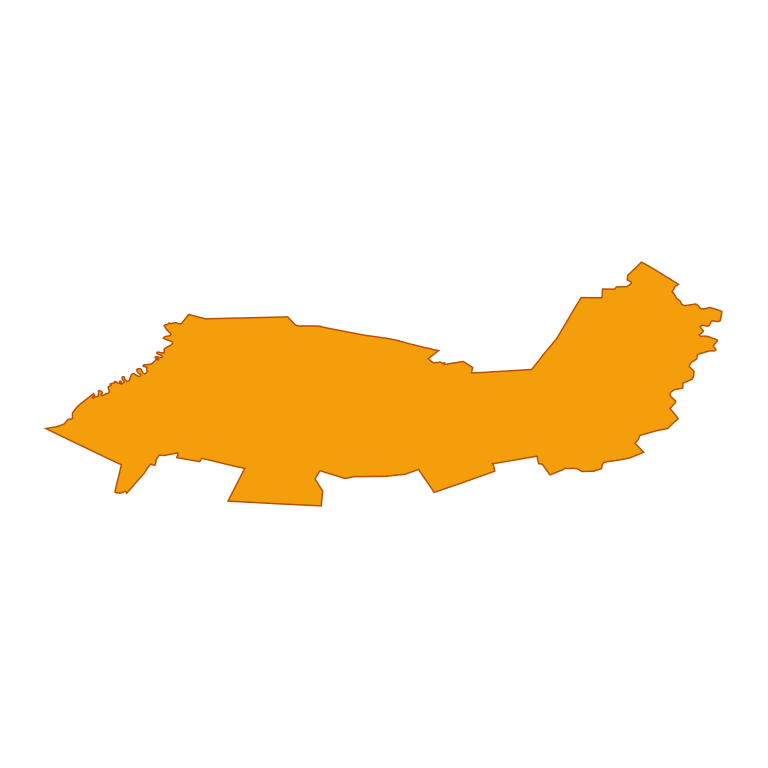 Bērzpils pag., Balvu, Latvia
{"feature_id": "27541924B21084254111268", "entity_name": "Bērzpils pag.", "entity_type": "district", "adm_level": 2, "iso_a3": "LVA", "parent_name": "Latvia", "parent_adm1": "Balvu", "projection": "equal_earth", "projection_center": [27.098, 56.85], "detail": "fine", "context": "isolated", "style": "filled", "palette": "amber", "viewbox_px": 768, "rotation_deg": 0, "n_neighbors": 0, "source": "geoboundaries", "source_scale": "gbopen_adm2", "svg_char_len": 6029}
<svg xmlns="http://www.w3.org/2000/svg" viewBox="0 0 768 768"><path d="M80.7,403.7L77.7,406.5L75.4,409.0L72.4,413.2L72.5,418.2L72.1,418.7L70.8,419.2L69.2,419.1L68.0,419.4L67.1,420.2L65.0,423.0L64.5,423.5L63.0,424.5L60.3,425.5L56.8,426.7L46.1,428.5L46.6,428.7L46.7,429.0L62.3,436.6L97.7,453.6L121.4,464.8L118.7,476.2L116.3,485.4L115.0,492.0L116.5,492.9L117.0,492.7L119.6,493.1L120.5,493.0L121.3,493.0L124.9,491.4L126.1,491.9L126.2,492.1L126.2,492.5L126.8,493.2L138.5,479.6L143.0,474.8L145.8,470.8L147.6,467.9L150.6,464.2L154.7,465.3L154.7,464.9L155.3,464.2L155.4,463.2L156.1,461.6L155.7,461.0L156.4,459.4L159.1,455.2L164.4,455.5L177.5,452.9L177.8,452.9L177.9,455.5L177.6,455.5L176.6,457.6L199.7,461.6L202.0,458.3L237.8,467.0L244.8,468.3L228.0,501.1L274.3,503.6L321.2,505.9L322.7,491.1L315.0,479.0L319.9,470.7L343.8,478.1L345.5,478.4L346.5,478.3L353.5,476.7L387.1,476.3L387.1,476.0L389.4,475.9L402.0,474.6L404.2,474.5L405.8,474.1L408.7,472.9L416.1,470.4L418.6,469.4L424.2,477.8L425.7,480.1L425.9,480.2L434.2,492.4L453.2,485.8L458.1,484.3L468.2,480.5L469.1,480.5L469.4,480.3L471.0,479.6L494.7,471.2L494.5,469.5L493.2,464.3L492.4,463.6L495.5,463.3L537.0,456.2L538.6,463.6L542.4,464.3L544.1,466.8L550.0,474.9L560.4,470.7L561.7,470.3L564.7,468.5L565.0,468.1L565.7,468.3L568.9,468.6L572.5,468.3L573.4,468.3L577.2,468.8L578.9,469.6L581.6,471.5L594.5,471.2L595.1,470.6L601.4,468.7L602.2,465.0L603.2,463.2L603.4,463.1L603.6,462.6L607.9,461.5L613.6,460.9L617.3,460.2L619.2,460.0L630.2,457.8L643.7,452.2L635.0,443.2L638.0,439.9L639.8,435.5L649.4,432.7L658.0,430.4L667.8,428.5L669.3,426.7L678.1,418.8L678.0,418.4L675.9,415.5L669.8,408.3L670.7,407.9L675.3,402.7L675.7,401.2L675.5,400.9L670.6,396.3L669.9,394.7L669.9,394.0L670.3,392.8L670.7,392.2L674.5,389.6L681.8,388.4L682.3,388.3L682.5,387.9L682.8,387.3L682.9,386.0L682.8,383.2L691.2,379.7L692.3,379.1L693.7,375.6L694.0,371.4L693.9,371.1L689.2,366.5L689.2,366.3L690.8,362.8L694.1,360.7L696.8,358.8L697.4,354.8L698.0,354.3L709.4,350.9L714.1,350.9L715.2,350.6L715.7,350.1L715.9,349.5L713.7,346.6L713.4,345.8L713.6,345.4L717.0,341.4L717.5,340.2L716.7,339.7L708.0,336.5L704.4,336.1L704.2,336.2L700.8,336.2L699.5,335.6L699.2,335.4L699.1,334.9L702.9,331.9L703.2,331.5L703.4,331.0L703.4,330.7L703.2,330.4L700.9,328.0L700.4,326.8L700.7,326.4L702.0,325.2L707.4,326.2L708.4,326.0L709.6,324.9L709.9,324.2L711.3,321.6L712.0,321.0L712.4,320.8L718.1,321.6L718.8,321.5L720.0,320.9L720.4,320.1L721.9,312.1L721.7,311.6L721.1,311.1L717.2,309.7L710.0,307.5L708.9,307.6L706.5,308.4L704.3,308.9L700.9,308.9L700.3,308.3L697.9,305.5L697.0,304.7L696.1,304.2L695.6,304.0L685.3,305.6L684.4,305.6L683.7,305.3L681.6,304.2L681.1,303.0L680.1,301.0L676.5,298.3L674.3,294.3L672.1,291.7L674.5,288.0L674.4,287.4L674.5,287.1L678.5,284.3L650.1,266.8L641.4,262.1L638.5,265.1L627.7,275.3L627.2,280.0L631.3,282.0L631.3,283.4L627.1,286.6L616.5,286.9L615.0,288.6L614.8,289.2L602.5,289.0L602.1,297.7L601.1,297.8L581.1,297.6L573.3,310.5L556.9,338.3L543.0,355.0L538.1,361.5L531.6,369.5L498.4,371.5L493.0,371.7L485.8,372.3L471.4,372.9L472.7,367.6L463.3,361.5L444.1,364.5L444.6,362.9L443.2,363.1L443.1,363.3L442.0,363.3L440.4,362.1L435.4,362.7L433.2,362.9L428.2,358.6L438.7,350.6L432.2,349.4L431.8,349.1L427.6,348.1L425.0,347.7L416.9,345.6L408.6,343.6L398.4,340.7L391.6,339.2L385.5,338.1L382.6,337.8L376.9,336.9L365.1,335.3L359.3,334.2L326.8,328.0L325.6,327.7L320.1,326.5L320.2,326.2L316.0,326.0L301.8,325.9L301.5,326.4L296.4,325.4L294.6,324.3L287.7,316.9L205.3,318.8L188.7,314.5L181.2,323.8L178.9,323.8L177.1,323.0L176.4,323.0L175.2,322.7L172.5,323.1L171.0,323.8L170.6,323.8L169.7,323.1L168.9,323.1L168.2,323.6L167.6,324.5L165.7,324.8L164.2,325.4L164.4,326.0L165.3,327.6L166.5,329.4L168.6,331.7L170.6,333.5L170.9,334.4L170.4,335.2L169.2,335.9L165.3,336.5L164.1,337.2L163.3,338.1L166.3,339.7L170.2,340.9L171.4,341.4L172.3,342.1L172.6,343.1L172.0,344.1L170.4,345.4L166.1,347.5L164.6,348.7L164.1,349.6L164.3,352.8L162.3,352.9L160.5,352.6L158.3,352.1L157.3,352.2L156.9,352.5L156.8,353.1L157.2,353.6L159.0,354.6L161.2,355.3L161.9,355.7L162.2,356.4L162.3,357.0L161.8,357.5L161.1,357.6L159.6,357.5L157.3,356.6L156.4,356.5L155.6,356.7L155.2,357.0L155.1,357.4L155.4,357.8L158.5,358.9L158.6,359.3L158.5,359.6L158.3,359.9L157.7,360.0L156.6,359.4L156.1,359.3L155.7,359.5L155.4,359.9L155.3,360.4L153.7,362.1L152.9,362.9L151.2,363.9L150.1,364.3L144.0,364.8L143.1,365.7L143.3,366.4L143.7,366.6L146.4,367.0L146.9,367.3L147.0,367.6L147.0,367.9L146.6,369.1L146.6,369.5L147.3,371.2L147.2,371.6L146.3,373.0L145.2,373.7L144.4,373.8L143.8,373.6L143.1,373.2L142.7,372.5L141.1,369.5L140.5,368.8L140.0,368.6L139.3,368.6L137.7,368.9L137.0,369.3L136.7,369.7L136.6,370.1L136.7,370.6L137.7,372.2L139.0,373.4L140.5,374.6L140.6,375.1L140.5,375.6L140.4,375.9L140.0,376.2L139.5,376.5L138.2,376.2L135.6,374.9L134.0,373.6L133.2,373.5L132.7,373.7L132.0,374.1L131.5,374.7L130.6,376.6L129.8,379.1L129.1,380.7L127.7,381.3L127.2,381.3L126.5,380.9L124.8,379.1L124.6,378.7L124.4,377.5L124.1,377.0L123.6,376.7L122.6,376.7L122.3,377.0L122.2,377.2L122.1,378.0L122.2,378.8L122.8,380.1L124.2,381.4L124.3,381.7L124.3,382.1L123.9,382.6L122.7,383.5L122.1,383.9L121.0,383.9L120.7,383.7L120.6,383.3L121.5,382.3L121.5,382.0L121.2,381.5L120.8,381.3L120.1,381.3L119.7,381.4L119.4,381.6L119.3,381.8L119.4,382.7L119.4,382.9L119.0,383.3L118.6,383.4L117.7,383.3L115.8,381.6L114.9,381.4L114.5,381.6L114.4,381.8L114.5,382.2L114.7,382.5L114.5,382.8L110.7,383.8L110.2,384.0L110.2,384.4L111.0,384.8L111.1,385.3L111.0,385.6L110.6,385.9L109.6,386.1L108.7,386.5L108.1,387.2L109.2,391.7L109.1,392.1L107.9,393.4L107.3,393.7L106.8,393.7L106.5,393.5L106.0,393.5L105.3,394.1L103.1,395.3L102.1,395.6L101.4,395.5L101.0,395.2L101.0,394.8L102.3,393.3L102.4,392.8L102.1,392.1L101.2,391.3L100.1,390.8L99.1,390.7L98.7,390.8L98.4,391.4L98.5,393.2L98.3,394.5L98.3,396.0L98.0,396.2L97.3,396.5L95.7,396.5L95.2,396.7L94.3,397.6L93.5,398.1L92.7,398.1L92.4,397.8L92.3,397.2L93.0,396.5L94.0,395.8L94.6,395.1L94.1,394.3L93.8,394.1L93.5,393.6L84.6,400.7L80.7,403.7Z" fill="#f59e0b" stroke="#b45309" stroke-width="1.5"/></svg>